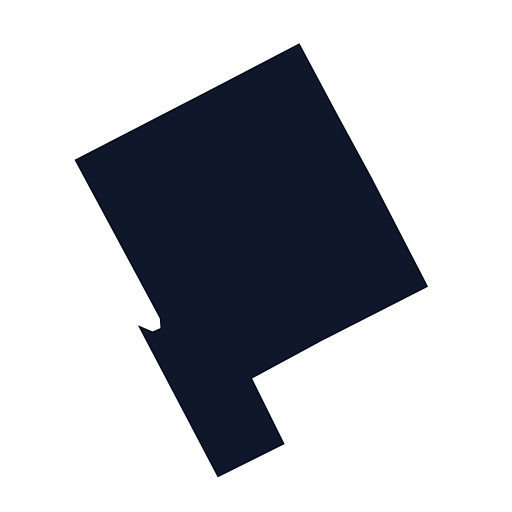 Pickaway, Ohio, United States of America, rotated 59°
{"feature_id": "52423323B28425501128806", "entity_name": "Pickaway", "entity_type": "district", "adm_level": 2, "iso_a3": "USA", "parent_name": "United States of America", "parent_adm1": "Ohio", "projection": "albers", "projection_center": [-82.977, 39.64], "detail": "fine", "context": "isolated", "style": "filled", "palette": "ink", "viewbox_px": 512, "rotation_deg": 59, "n_neighbors": 0, "source": "geoboundaries", "source_scale": "gbopen_adm2", "svg_char_len": 347}
<svg xmlns="http://www.w3.org/2000/svg" viewBox="0 0 512 512"><g transform="rotate(59 256 256)"><path d="M370.1,125.0L247.0,117.1L177.1,114.1L96.7,110.0L90.7,209.3L80.9,361.3L260.3,369.9L269.4,374.6L268.1,384.0L256.6,392.3L425.3,402.0L431.1,329.0L358.2,323.1L361.8,244.1L370.1,125.0Z" fill="#0f172a" stroke="#020617" stroke-width="1.5"/></g></svg>